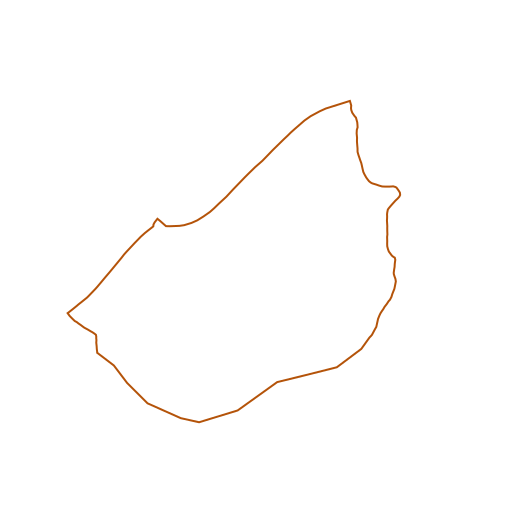 the district of Delaide, Dennery, Saint Lucia, rotated 298°
{"feature_id": "8701671B46031998027021", "entity_name": "Delaide", "entity_type": "district", "adm_level": 2, "iso_a3": "LCA", "parent_name": "Saint Lucia", "parent_adm1": "Dennery", "projection": "albers", "projection_center": [-60.905, 13.93], "detail": "fine", "context": "isolated", "style": "outline", "palette": "amber", "viewbox_px": 512, "rotation_deg": 298, "n_neighbors": 0, "source": "geoboundaries", "source_scale": "gbopen_adm2", "svg_char_len": 2534}
<svg xmlns="http://www.w3.org/2000/svg" viewBox="0 0 512 512"><g transform="rotate(298 256 256)"><path d="M117.1,116.5L115.6,119.6L114.5,123.1L113.5,126.5L113.5,128.8L113.1,130.8L112.8,133.6L112.4,136.0L112.1,138.1L112.1,140.4L112.1,141.9L112.0,143.8L111.9,145.6L111.9,147.0L111.7,149.2L111.3,151.6L110.0,152.7L108.3,153.6L106.8,154.6L104.4,155.7L101.6,157.6L99.0,159.2L96.6,160.9L96.0,161.2L92.6,181.9L83.4,201.8L75.0,229.4L77.5,265.7L82.5,283.8L111.0,312.3L154.6,333.9L173.9,355.5L195.7,379.6L223.4,392.6L236.9,394.4L237.8,394.6L239.1,395.0L240.8,395.4L244.5,395.4L247.4,395.4L249.9,395.5L252.0,394.9L254.9,394.1L257.7,393.3L261.5,392.9L263.8,392.8L266.4,393.0L268.7,393.3L271.5,393.4L274.9,394.0L278.3,394.3L280.2,394.8L283.4,394.8L286.4,394.2L289.1,393.9L291.9,393.6L294.0,393.0L296.3,392.3L299.2,391.4L301.2,389.9L303.1,387.8L304.8,386.1L306.0,385.4L309.0,384.3L311.4,383.5L314.0,382.3L315.5,381.7L318.0,380.8L319.7,379.3L319.7,378.1L319.9,376.7L320.2,375.6L321.3,373.3L322.3,371.2L324.1,369.2L326.2,367.3L328.5,366.0L330.7,364.9L334.4,362.8L336.7,361.9L339.8,360.1L342.6,358.6L344.0,357.9L346.8,356.2L348.9,354.9L350.7,354.1L352.5,353.2L354.4,352.1L356.2,351.4L358.9,350.6L360.5,350.8L363.8,351.5L366.3,352.1L370.3,353.1L373.2,354.1L375.7,354.7L377.6,354.6L379.4,353.4L380.2,352.2L381.2,350.3L382.3,348.0L382.4,346.8L381.9,344.4L380.8,342.7L379.5,340.5L378.2,338.0L377.3,336.2L376.6,334.7L375.9,331.3L375.6,329.1L374.7,324.5L374.7,322.9L375.1,320.7L376.2,318.2L377.1,316.4L379.1,313.3L380.6,311.3L383.2,309.0L385.8,306.8L387.5,305.3L389.9,302.6L390.7,301.8L393.5,298.8L395.6,296.8L398.7,295.1L401.0,293.6L404.3,291.5L406.2,290.5L407.7,289.8L411.5,287.3L414.7,285.8L417.3,285.3L419.6,283.9L421.6,282.6L423.5,280.8L425.1,279.3L425.8,277.4L426.6,275.8L427.7,273.7L429.6,271.6L431.1,270.5L433.6,269.4L437.0,266.1L431.0,260.2L419.0,248.4L413.8,244.4L405.1,238.6L398.4,235.2L386.4,230.6L381.2,228.7L377.3,227.5L372.0,225.7L357.5,221.1L347.7,218.3L342.9,216.9L334.0,213.5L325.2,210.7L320.3,209.2L303.9,204.5L294.4,202.0L285.0,198.7L278.5,196.6L273.4,194.7L266.3,191.1L259.9,187.4L254.9,183.5L249.5,178.1L246.7,174.3L241.8,165.9L240.1,162.5L241.9,155.0L242.6,151.5L238.1,150.7L235.7,150.7L233.9,151.4L227.8,148.7L224.1,147.1L218.9,145.2L210.6,142.8L198.7,139.6L195.4,138.8L191.3,138.1L185.4,136.9L172.3,134.2L169.6,133.6L166.9,133.0L154.6,130.4L151.7,129.7L141.8,126.9L139.9,126.3L133.1,123.4L131.1,122.5L129.2,121.7L128.1,121.3L122.9,119.1L121.1,118.3L118.6,117.2L117.1,116.5Z" fill="none" stroke="#b45309" stroke-width="2"/></g></svg>